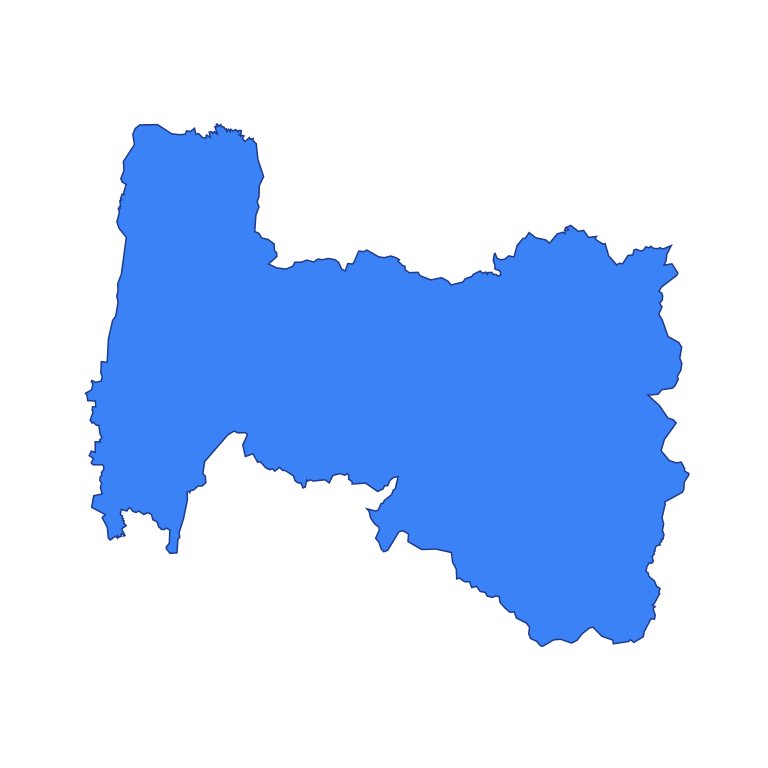 the district of El Carmen De Bolívar, Bolívar, Colombia, rotated 353°
{"feature_id": "7082276B24819369766558", "entity_name": "El Carmen De Bolívar", "entity_type": "district", "adm_level": 2, "iso_a3": "COL", "parent_name": "Colombia", "parent_adm1": "Bolívar", "projection": "natural_earth1", "projection_center": [-75.182, 9.704], "detail": "fine", "context": "isolated", "style": "filled", "palette": "blue", "viewbox_px": 768, "rotation_deg": 353, "n_neighbors": 0, "source": "geoboundaries", "source_scale": "gbopen_adm2", "svg_char_len": 6122}
<svg xmlns="http://www.w3.org/2000/svg" viewBox="0 0 768 768"><g transform="rotate(353 384 384)"><path d="M672.5,421.4L676.7,415.1L675.9,412.3L680.3,406.6L682.1,399.9L680.7,394.5L683.9,383.7L681.7,378.8L671.7,371.5L668.1,354.8L665.3,348.1L669.4,341.3L667.4,337.5L670.5,334.5L671.3,330.5L670.7,327.5L668.0,325.4L671.8,321.2L687.9,311.8L689.2,309.7L684.4,299.8L676.4,300.2L678.8,296.4L680.5,289.8L686.0,281.6L677.4,284.0L674.0,282.2L673.0,283.2L668.3,282.3L665.4,279.8L663.7,281.1L660.6,279.8L657.6,282.9L655.2,283.3L650.5,280.9L648.4,281.6L646.7,286.1L641.8,286.2L635.5,293.8L632.3,292.9L629.5,294.2L622.6,284.1L620.6,271.6L618.4,271.9L612.0,266.6L611.6,264.7L612.8,263.5L604.9,263.4L600.9,255.9L595.4,256.1L588.7,249.4L583.3,250.9L582.6,252.4L584.3,251.4L586.0,253.5L582.4,254.0L582.1,256.8L580.2,255.2L574.3,256.1L565.5,264.4L562.1,260.7L552.4,257.3L546.5,251.4L542.1,256.5L539.7,256.5L533.1,262.6L528.5,273.8L523.6,272.0L519.0,274.8L514.9,274.9L511.6,273.1L510.1,267.9L509.3,268.5L507.5,274.7L508.7,280.1L508.0,283.2L513.2,286.2L512.9,290.4L510.0,290.6L508.7,288.9L505.9,288.6L504.7,286.4L500.6,286.0L500.0,287.7L498.6,285.3L495.4,286.2L493.3,283.5L485.9,286.1L484.3,288.0L477.5,289.4L474.8,292.4L462.6,293.9L460.1,289.8L454.1,285.5L443.2,286.4L433.0,280.9L431.4,277.3L422.6,276.6L419.0,273.2L419.1,269.5L417.1,268.9L412.9,263.8L414.4,262.5L411.5,260.2L406.3,257.8L399.8,258.7L394.2,257.1L383.3,248.9L380.2,250.2L375.2,249.0L368.8,259.8L367.4,261.1L362.7,260.0L359.4,267.0L356.0,264.9L353.8,257.9L350.7,254.7L343.9,252.6L338.0,253.2L333.7,251.9L329.1,254.3L322.2,251.6L317.1,253.0L310.2,252.3L308.0,255.9L300.9,258.0L291.7,255.7L284.0,250.8L293.3,244.4L293.4,240.4L291.5,238.2L292.0,231.5L286.4,226.3L280.3,224.1L278.2,219.1L274.3,217.0L277.4,200.9L281.5,192.9L280.3,187.8L282.8,182.6L284.4,171.9L289.8,163.5L286.2,145.5L286.5,129.9L283.8,126.7L284.0,124.4L281.3,124.8L280.4,123.0L275.7,126.4L273.4,123.0L275.2,120.7L272.8,119.6L271.9,120.8L270.7,119.2L272.2,118.8L273.3,115.1L270.3,114.6L269.7,116.1L267.8,113.4L264.9,114.4L262.9,112.5L262.1,114.7L260.8,112.3L258.7,114.4L258.8,111.6L257.4,111.9L256.5,109.5L253.9,108.6L253.8,106.7L251.5,108.0L250.1,105.6L249.0,106.2L249.4,108.2L247.5,108.1L249.0,115.5L246.4,112.8L245.0,114.3L243.5,112.5L241.2,112.7L241.8,118.0L238.1,115.2L237.1,118.2L233.9,117.3L230.5,112.8L227.8,113.4L227.1,107.1L222.6,109.8L219.1,108.6L217.0,111.9L211.9,111.7L203.8,109.8L190.7,98.9L173.1,97.1L168.2,100.1L165.1,105.7L165.5,115.9L152.4,131.5L151.9,140.5L147.8,148.1L148.7,151.5L152.3,154.5L148.8,162.9L149.2,164.4L147.1,163.7L145.1,168.2L146.0,169.3L144.2,169.9L144.1,175.7L143.0,175.6L143.2,177.7L141.7,177.3L142.3,181.6L138.6,190.5L140.0,197.2L146.1,207.0L136.7,243.0L131.9,252.0L131.4,259.3L129.4,264.1L130.1,270.1L126.0,284.0L122.4,287.8L116.0,305.6L111.9,328.7L106.1,327.4L104.3,338.8L105.3,342.4L103.4,346.7L98.1,347.2L94.5,344.9L93.8,346.0L95.1,348.4L93.2,354.1L86.6,356.8L87.9,359.2L87.9,364.4L95.5,365.7L95.1,371.5L91.9,371.1L91.1,374.7L92.0,376.2L87.9,384.1L89.5,387.2L90.8,386.6L93.6,390.0L95.9,390.2L96.1,399.4L97.6,402.5L94.9,405.1L95.5,407.0L90.3,406.1L89.1,416.6L85.3,414.9L82.7,419.2L86.5,422.3L83.8,426.6L85.3,428.7L94.7,429.9L95.8,431.6L95.3,434.9L92.7,437.4L92.8,440.7L91.3,441.0L90.2,444.8L91.6,448.1L89.9,452.3L90.9,458.7L82.2,459.6L78.8,470.8L91.5,479.7L88.0,482.2L91.9,492.6L91.6,503.3L93.2,505.5L99.1,502.2L100.7,504.6L101.5,502.3L102.0,503.7L104.6,503.2L105.1,500.5L107.1,501.0L106.8,503.2L108.5,502.9L105.9,495.8L110.8,493.2L108.7,490.2L109.4,488.3L107.8,487.5L108.9,485.9L107.7,485.1L108.3,483.0L106.4,481.6L107.9,476.6L113.4,478.7L115.3,476.2L117.1,476.2L119.2,479.8L122.3,481.3L125.1,480.2L129.7,484.2L134.3,482.8L137.4,485.6L138.0,490.6L141.9,493.0L143.0,498.2L145.3,501.0L148.2,501.8L150.5,500.5L153.6,502.9L151.5,516.0L148.0,519.2L147.9,521.0L150.9,526.0L157.9,526.4L160.5,513.1L162.6,511.1L162.5,506.6L168.5,493.5L174.7,475.3L175.5,467.3L177.8,466.8L178.1,467.9L178.8,466.3L182.1,466.0L186.9,462.7L191.4,463.0L195.2,460.1L195.4,453.6L193.3,450.9L196.5,439.2L222.6,415.6L229.3,412.5L233.6,414.9L240.2,415.3L242.2,417.0L241.8,418.5L236.4,427.2L237.6,439.1L245.4,437.2L249.0,446.2L251.8,446.1L256.4,452.7L260.1,455.1L263.1,454.6L265.0,457.2L270.0,454.1L273.1,457.6L275.1,457.6L283.0,464.2L283.9,469.1L286.8,471.8L289.6,472.2L290.8,477.3L293.3,476.7L295.6,469.8L296.5,471.1L298.9,470.2L302.1,471.7L313.8,471.9L317.6,475.5L322.1,468.5L329.7,467.6L333.9,469.8L336.5,468.5L337.9,470.7L337.2,474.1L340.5,477.2L340.1,479.4L353.6,480.1L364.6,489.9L370.3,488.0L372.2,485.1L375.3,485.4L378.1,480.4L382.1,477.9L386.7,477.6L382.5,489.3L380.3,490.4L377.9,494.9L370.1,499.6L368.6,502.2L366.5,502.3L363.0,508.3L360.2,509.1L351.8,505.8L353.7,508.5L354.4,515.5L357.9,521.9L361.6,525.6L361.5,528.3L356.9,536.1L359.7,540.5L361.2,547.7L363.4,550.5L367.4,549.5L380.8,532.5L384.7,531.9L390.1,535.8L388.6,543.3L401.2,552.9L415.2,554.1L430.4,559.5L430.4,569.5L433.2,576.4L432.4,586.3L435.4,585.9L439.7,590.0L444.8,590.8L446.3,596.8L451.2,596.0L454.1,601.6L459.0,603.1L460.6,607.1L465.6,609.0L469.4,607.9L472.5,609.5L472.6,614.9L476.5,620.7L481.1,625.8L485.6,626.2L486.9,632.4L496.2,638.7L498.8,643.1L497.2,649.6L498.5,654.5L504.2,658.0L507.3,662.8L509.3,663.7L521.4,658.6L528.2,658.9L538.7,664.0L544.4,661.9L550.5,655.9L558.5,651.1L561.9,651.0L569.6,661.0L579.8,666.0L580.0,669.8L595.3,669.4L597.2,667.8L600.6,670.9L610.6,666.5L612.0,661.6L620.5,649.5L623.8,650.4L625.0,646.6L623.7,639.4L626.0,638.1L623.3,635.9L625.7,634.6L632.1,625.6L631.3,624.6L633.1,620.7L629.8,617.7L628.4,612.4L623.5,607.3L623.2,603.8L621.2,601.9L622.8,597.1L625.5,593.8L627.7,594.6L629.7,592.9L629.1,588.2L631.7,585.5L631.3,583.5L632.8,582.6L632.9,580.3L634.9,577.7L638.5,577.4L638.6,575.1L640.4,574.1L640.5,572.2L641.9,572.2L643.5,567.7L642.5,563.1L644.5,557.1L643.7,550.5L648.6,537.2L648.0,535.4L667.0,527.8L668.9,524.6L670.0,518.0L675.1,511.9L675.7,509.9L671.7,507.1L672.1,504.5L669.4,497.6L664.7,498.0L657.9,494.8L650.9,484.0L655.5,473.2L669.3,458.3L666.9,454.9L661.6,452.3L654.7,438.9L644.6,427.2L654.7,427.6L659.1,423.5L669.7,423.3L672.5,421.4Z" fill="#3b82f6" stroke="#1e3a8a" stroke-width="1.5"/></g></svg>